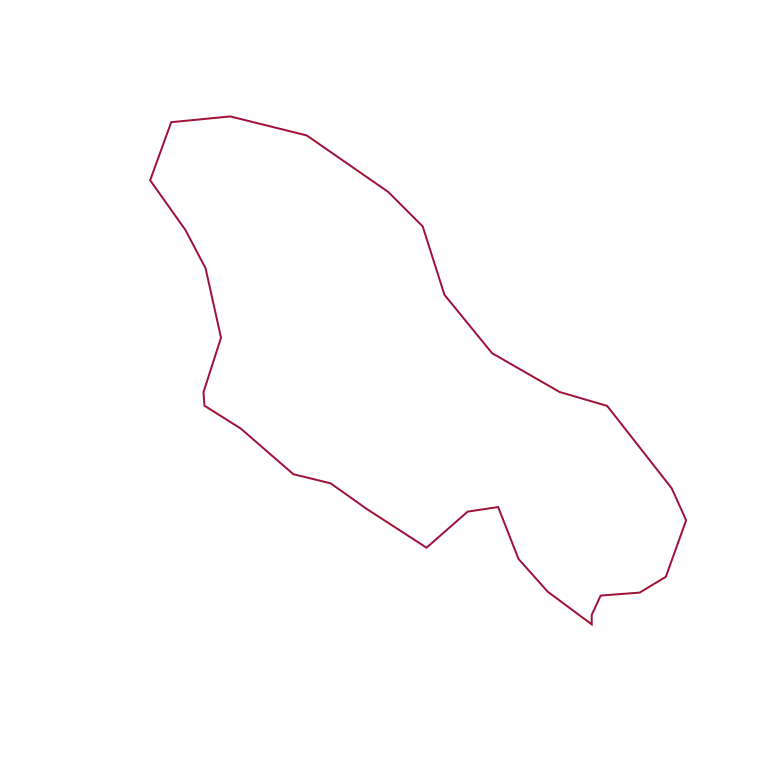 the district of Båstad, Skåne, Sweden, rotated 45°
{"feature_id": "70781695B81213219414601", "entity_name": "Båstad", "entity_type": "district", "adm_level": 2, "iso_a3": "SWE", "parent_name": "Sweden", "parent_adm1": "Skåne", "projection": "equal_earth", "projection_center": [12.848, 56.404], "detail": "fine", "context": "isolated", "style": "outline", "palette": "rose", "viewbox_px": 768, "rotation_deg": 45, "n_neighbors": 0, "source": "geoboundaries", "source_scale": "gbopen_adm2", "svg_char_len": 546}
<svg xmlns="http://www.w3.org/2000/svg" viewBox="0 0 768 768"><g transform="rotate(45 384 384)"><path d="M700.8,407.1L694.1,400.3L686.8,380.4L712.3,350.7L719.6,321.0L694.0,266.7L661.1,254.3L557.3,241.7L513.8,265.5L438.7,285.8L363.7,278.2L299.9,245.2L251.2,245.2L153.6,262.9L86.0,303.6L48.4,349.3L74.6,405.3L134.6,415.5L175.9,428.3L236.0,466.5L262.2,517.5L272.4,526.3L314.2,516.8L383.7,511.9L416.5,492.0L460.4,484.5L529.8,469.7L533.4,415.1L551.7,390.3L602.8,412.6L646.7,415.1L700.8,407.1Z" fill="none" stroke="#9f1239" stroke-width="2"/></g></svg>